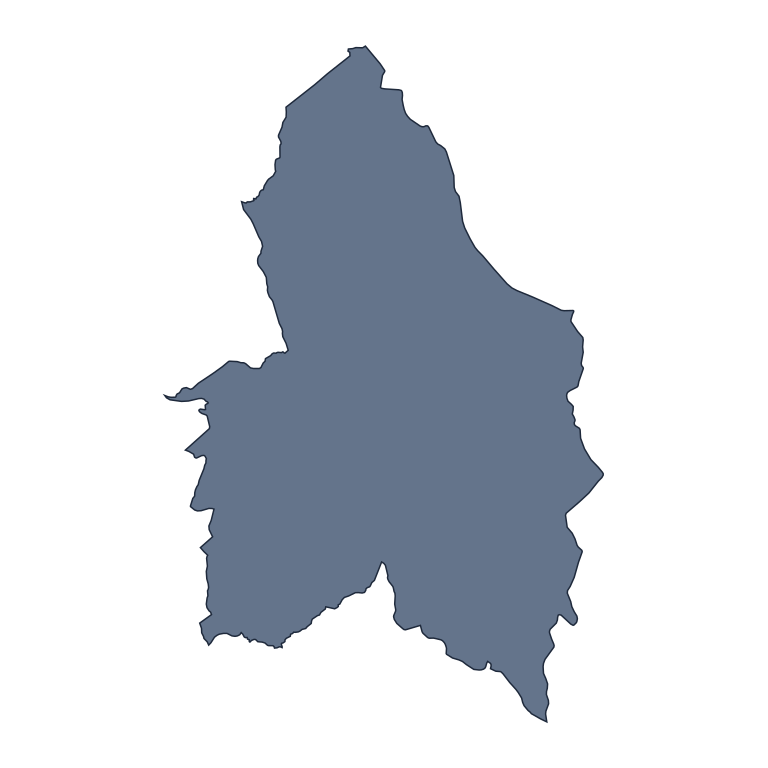 An Khe, Gia Lai, Vietnam
{"feature_id": "81297802B94904539855050", "entity_name": "An Khe", "entity_type": "district", "adm_level": 2, "iso_a3": "VNM", "parent_name": "Vietnam", "parent_adm1": "Gia Lai", "projection": "orthographic", "projection_center": [108.675, 14.022], "detail": "fine", "context": "isolated", "style": "filled", "palette": "slate", "viewbox_px": 768, "rotation_deg": 0, "n_neighbors": 0, "source": "geoboundaries", "source_scale": "gbopen_adm2", "svg_char_len": 6109}
<svg xmlns="http://www.w3.org/2000/svg" viewBox="0 0 768 768"><path d="M573.6,310.8L573.0,310.5L564.1,310.7L561.3,310.3L552.6,305.9L533.5,297.4L517.0,290.6L512.0,288.0L507.0,283.8L493.7,268.8L482.8,255.9L477.6,250.6L475.0,247.4L470.1,238.8L464.7,227.9L462.6,221.3L460.3,202.6L459.0,196.2L455.5,191.6L454.2,187.5L453.8,175.5L446.4,152.0L444.8,148.9L440.7,145.6L437.7,144.0L435.8,141.8L428.9,127.4L427.7,125.9L425.9,125.8L423.9,126.7L422.0,126.7L420.1,126.0L410.4,119.4L407.5,116.2L405.6,113.3L404.2,109.5L403.2,105.3L402.1,99.5L402.5,95.5L402.3,92.5L401.7,91.0L401.1,90.4L398.8,89.8L384.9,88.9L381.4,88.3L380.5,87.4L382.5,75.3L384.7,71.6L384.7,70.6L380.3,64.0L365.4,46.1L362.6,47.8L355.8,47.6L352.8,48.6L348.4,49.0L348.0,51.1L349.8,52.4L350.0,55.9L327.5,73.7L314.7,84.7L286.0,107.2L286.3,112.0L286.1,117.2L282.9,122.4L282.0,127.2L278.5,135.2L278.5,137.0L280.8,141.3L281.1,143.0L281.0,143.9L280.2,144.9L279.9,146.8L280.0,157.1L279.6,157.9L276.4,159.2L275.6,160.2L275.0,164.6L275.3,169.9L275.7,171.3L273.2,175.8L268.7,179.1L267.5,180.5L264.3,185.8L263.3,189.7L261.5,190.2L260.5,191.1L259.7,192.3L259.1,195.1L257.9,196.6L256.6,197.2L255.9,198.9L253.7,198.5L253.5,199.1L254.0,200.2L253.7,200.7L250.2,201.9L247.2,201.9L246.3,202.9L245.0,202.9L241.6,201.7L243.6,209.6L250.9,219.3L253.2,223.8L258.8,236.8L261.5,241.4L262.6,246.3L261.0,251.2L260.9,253.3L258.5,256.5L257.8,258.7L257.6,260.5L257.8,263.3L258.7,265.6L263.3,271.6L266.3,277.4L266.8,283.8L267.7,286.8L267.4,290.3L267.9,292.7L269.4,296.7L272.1,300.1L272.9,301.6L279.3,323.4L282.0,328.7L282.6,331.5L282.4,333.5L282.8,336.7L286.1,343.4L288.2,350.3L284.9,353.2L284.1,352.9L283.4,352.1L282.6,351.9L281.5,352.6L278.0,352.3L276.9,352.6L276.1,353.2L273.7,353.0L273.0,353.3L271.9,354.0L270.7,355.6L265.5,358.6L265.0,361.3L263.2,363.0L260.9,367.6L259.3,368.5L253.5,368.5L250.5,367.9L245.7,363.7L243.8,362.8L240.8,362.7L237.3,361.6L229.6,361.2L228.6,361.5L222.4,366.7L212.8,373.6L198.4,383.2L192.5,388.6L190.4,389.3L186.4,387.6L183.6,388.1L182.0,388.9L179.5,392.8L177.1,394.0L176.2,395.4L175.9,396.8L175.3,397.2L171.0,397.3L168.1,396.8L164.8,395.5L166.5,397.8L170.0,399.8L181.5,401.4L188.5,401.0L198.7,398.6L201.6,398.4L204.0,399.1L206.3,401.5L207.4,401.8L208.1,402.6L207.9,403.4L206.4,404.1L205.2,405.2L205.5,409.5L204.7,409.7L200.5,409.1L199.3,409.6L198.9,410.6L199.6,411.8L200.9,412.8L202.0,413.5L206.2,415.0L207.2,416.1L209.7,426.6L209.4,428.6L185.4,450.1L189.0,451.5L193.6,454.2L194.6,457.2L195.7,457.9L196.6,458.0L201.7,455.6L203.7,455.4L204.4,455.6L205.1,456.3L206.4,458.8L206.0,460.0L205.9,463.0L204.7,465.3L203.9,468.8L199.2,480.3L198.2,484.7L196.9,486.6L195.5,489.7L194.8,492.6L194.6,496.2L192.8,498.4L190.5,505.8L190.5,506.6L194.7,510.0L197.4,510.9L201.1,510.7L208.9,508.4L212.1,508.5L214.0,509.1L211.2,520.4L208.9,526.0L209.2,529.7L212.6,536.8L200.4,547.6L203.9,551.6L207.7,555.2L207.1,556.3L206.6,558.3L207.4,566.1L206.3,571.4L206.8,578.8L208.2,583.8L208.6,587.4L208.2,589.4L207.5,590.8L207.9,595.8L207.1,598.0L206.3,604.1L207.0,607.7L209.1,610.9L210.6,612.1L211.5,614.6L199.7,623.1L201.5,628.3L201.7,632.8L203.5,636.4L204.0,638.5L207.2,641.8L208.7,645.1L210.9,642.8L214.5,637.2L217.0,635.3L219.2,634.2L223.5,633.4L227.0,633.4L232.0,635.9L235.0,636.3L237.1,636.0L238.5,635.4L239.8,634.7L241.2,632.6L242.8,634.2L244.2,636.9L245.3,637.6L247.1,637.5L247.5,639.1L249.2,639.7L249.3,641.6L249.7,642.0L250.2,641.9L251.4,640.5L254.0,639.4L254.9,639.4L255.7,639.6L257.8,641.7L262.2,642.1L265.0,643.0L267.4,645.2L268.3,645.6L273.0,645.7L274.0,646.5L274.5,648.1L277.1,647.8L279.2,646.8L280.6,646.9L282.1,647.6L282.2,647.0L281.3,644.0L281.6,643.3L283.1,642.9L284.9,641.6L285.0,639.8L286.3,638.3L290.3,636.3L290.6,634.2L292.6,633.5L293.6,632.2L295.4,632.3L298.3,631.9L300.0,631.1L302.1,629.4L305.7,628.5L307.2,626.7L311.2,623.5L311.6,620.8L312.3,619.1L317.5,615.6L319.5,615.0L320.9,612.4L325.3,609.0L325.8,606.8L334.7,608.8L337.0,607.6L338.3,606.5L338.2,604.8L339.8,604.1L342.2,599.7L344.4,597.4L348.6,596.0L355.3,592.7L358.3,592.6L362.2,593.0L364.5,592.4L365.7,590.5L366.0,588.8L367.3,587.6L369.6,586.8L370.3,585.9L371.8,582.6L374.4,580.4L381.6,562.0L383.8,563.3L385.4,565.3L387.9,575.6L387.5,577.8L387.9,579.3L389.1,581.7L392.8,586.4L393.3,587.7L394.1,591.5L394.9,593.1L395.2,595.9L394.7,604.1L395.7,609.6L395.6,611.1L393.8,615.4L393.6,616.7L394.3,619.4L396.8,623.4L402.8,628.7L404.1,629.6L405.5,629.8L420.4,625.4L422.1,631.8L423.0,633.3L427.6,637.5L429.2,638.2L433.5,638.1L436.3,638.7L440.9,639.8L442.5,640.7L444.3,642.6L445.3,644.4L446.2,647.0L446.5,648.5L446.2,653.6L446.6,654.3L452.5,658.0L458.9,659.9L462.5,661.5L466.4,664.6L473.8,669.4L479.1,670.0L481.1,669.9L483.4,669.2L484.8,668.3L485.7,666.8L486.7,663.1L487.7,661.4L490.4,663.3L491.0,664.3L491.1,666.0L490.5,668.7L495.8,671.2L500.5,671.6L501.3,672.1L503.1,673.9L509.7,682.5L516.0,689.5L518.3,692.6L521.6,698.0L522.7,702.5L524.1,705.7L528.1,710.5L530.1,712.1L531.4,713.7L540.6,718.9L546.8,721.9L545.6,714.0L545.9,711.2L548.6,703.8L548.4,700.4L546.4,694.5L546.5,691.4L547.3,688.3L547.6,683.9L545.8,678.6L543.5,673.4L543.1,666.6L543.5,663.4L545.0,659.4L553.9,647.1L554.1,645.6L553.7,644.0L551.6,639.0L549.5,632.8L549.5,631.1L550.2,629.2L556.3,623.1L557.4,620.0L557.6,617.5L558.2,615.2L559.2,614.7L561.1,615.1L570.8,624.1L573.1,625.3L574.0,625.0L576.3,622.7L576.8,621.7L577.4,618.8L576.9,616.1L574.2,611.7L571.8,606.6L570.7,601.5L567.3,593.2L567.5,590.6L570.2,586.4L574.2,577.4L578.5,562.2L582.2,551.8L581.9,550.4L578.2,547.0L577.1,545.3L575.0,538.9L572.2,533.2L567.2,527.3L565.5,515.2L566.2,513.2L579.3,501.9L588.9,493.0L598.3,481.2L601.9,477.5L603.2,475.1L603.2,473.7L602.5,472.4L598.4,467.4L590.9,459.6L584.5,448.9L580.6,438.3L580.1,429.8L579.4,428.3L575.4,425.8L574.4,424.5L574.2,422.7L575.0,420.7L575.0,419.6L573.8,416.6L572.3,414.0L573.1,410.1L573.2,406.4L571.5,404.4L568.0,401.2L566.9,398.2L566.6,395.4L567.0,393.5L567.8,392.2L570.2,390.5L577.0,387.1L578.0,385.9L578.8,381.6L583.3,368.6L583.1,367.5L581.6,365.5L581.2,363.2L583.2,352.3L582.6,346.9L583.2,340.0L582.8,337.5L577.6,331.5L571.0,321.6L570.9,319.9L572.4,314.5L573.7,311.7L573.6,310.8Z" fill="#64748b" stroke="#1e293b" stroke-width="1.5"/></svg>